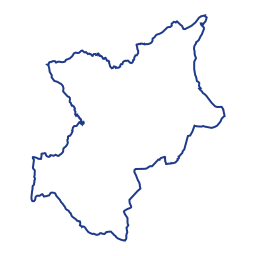 the district of Merangin, Jambi, Indonesia
{"feature_id": "22746128B71403115718321", "entity_name": "Merangin", "entity_type": "district", "adm_level": 2, "iso_a3": "IDN", "parent_name": "Indonesia", "parent_adm1": "Jambi", "projection": "robinson", "projection_center": [101.815, -2.207], "detail": "fine", "context": "isolated", "style": "outline", "palette": "blue", "viewbox_px": 256, "rotation_deg": 0, "n_neighbors": 0, "source": "geoboundaries", "source_scale": "gbopen_adm2", "svg_char_len": 5671}
<svg xmlns="http://www.w3.org/2000/svg" viewBox="0 0 256 256"><path d="M98.8,234.4L100.0,233.3L100.8,233.1L102.7,233.8L104.4,234.0L105.2,233.4L106.1,232.2L108.7,231.7L110.9,231.6L112.3,233.1L113.3,233.9L113.6,234.6L115.4,235.9L116.1,237.0L117.8,238.4L121.8,240.0L124.8,240.6L125.0,240.1L126.0,240.2L125.6,240.0L126.2,238.7L126.4,237.0L126.2,236.1L126.6,234.0L127.3,232.2L126.5,227.8L128.2,225.5L128.3,225.0L127.7,223.9L127.5,222.1L127.5,218.0L125.0,214.3L123.9,211.8L124.0,211.3L125.0,210.4L127.9,208.8L130.0,208.1L131.1,207.3L131.1,206.2L129.7,203.1L129.4,199.9L137.7,190.9L140.4,188.6L139.8,186.0L139.8,184.5L139.0,182.1L138.0,180.5L135.9,175.1L134.4,172.2L134.5,170.0L135.7,169.0L145.1,168.8L146.7,168.4L149.0,166.8L150.5,166.1L151.5,166.3L152.1,166.2L158.3,159.6L159.5,159.8L159.7,159.1L160.2,158.9L161.0,158.0L164.5,156.9L165.1,157.1L165.1,158.0L164.9,158.9L165.3,160.2L165.1,161.1L166.0,163.1L166.1,164.0L166.5,164.1L168.0,163.7L170.4,163.6L171.1,163.4L171.3,163.0L172.1,163.3L175.2,162.6L176.8,161.1L177.7,160.0L177.5,159.1L178.3,158.7L179.0,157.9L178.6,156.6L179.0,156.5L182.3,152.9L182.8,151.1L184.3,149.4L187.9,136.0L190.2,135.5L192.5,131.3L194.5,125.7L196.7,126.3L199.5,126.5L201.5,126.6L203.1,126.0L204.4,126.5L211.6,127.9L214.6,127.0L217.2,125.6L220.4,121.7L221.7,118.6L223.6,116.7L224.6,116.1L223.4,110.3L223.4,109.8L223.1,109.6L223.2,109.3L221.7,106.9L217.2,107.0L215.2,106.4L211.6,102.8L206.4,95.9L204.7,94.2L203.0,93.1L201.3,90.7L200.3,90.0L199.2,88.6L200.5,88.1L199.9,87.6L199.0,85.9L199.3,83.0L198.4,81.9L196.9,81.1L196.1,76.8L195.3,75.4L194.2,69.3L194.2,61.8L196.0,58.2L194.7,54.6L194.6,52.7L194.7,52.1L194.0,48.8L194.3,46.3L195.1,44.7L196.0,43.5L196.1,42.3L197.3,41.5L198.9,39.9L200.5,36.4L201.8,34.5L203.9,29.1L203.9,27.8L203.5,27.1L201.7,25.5L200.9,24.1L200.8,23.4L201.8,23.4L202.3,23.8L202.5,25.0L202.8,25.0L203.8,23.3L205.5,21.4L206.7,17.6L206.6,17.3L204.9,16.2L205.1,15.4L201.0,16.3L200.8,16.6L199.1,17.6L195.6,22.3L191.5,25.8L185.0,29.1L183.5,29.0L182.0,25.9L180.4,24.7L177.0,21.4L175.8,22.5L175.0,22.0L173.9,21.8L171.6,23.8L171.8,25.6L170.2,27.0L169.0,27.0L167.4,27.4L162.5,32.2L159.7,33.7L156.7,34.7L155.8,35.4L154.5,37.3L152.6,38.6L152.5,40.8L151.7,42.2L151.0,42.9L149.5,43.7L147.5,44.1L145.7,44.2L144.9,44.4L144.5,43.7L143.3,44.1L142.1,43.6L140.9,43.6L140.5,44.0L140.1,43.8L139.8,44.0L138.9,43.9L138.3,44.3L136.7,44.5L136.5,44.8L137.2,47.4L137.3,48.8L137.6,49.3L137.6,49.7L138.1,50.5L138.2,51.3L138.1,53.2L136.8,55.3L135.5,55.3L134.3,57.6L134.1,59.7L133.1,60.1L132.9,61.8L131.7,63.0L131.2,63.1L130.1,62.7L128.1,60.7L127.3,60.6L126.5,60.9L125.3,60.7L123.6,61.5L123.0,62.1L122.4,64.1L120.9,64.2L120.3,65.3L120.2,66.6L119.6,66.8L118.7,67.7L116.8,67.8L116.2,67.3L115.7,67.8L115.1,66.7L113.9,66.4L113.3,67.2L113.1,67.8L111.8,68.3L110.1,66.4L109.5,63.8L109.0,62.7L109.2,61.7L108.9,61.2L107.9,60.6L107.3,60.8L106.9,60.6L106.0,58.6L105.5,57.8L105.0,57.9L104.3,58.7L103.9,58.4L103.3,58.8L102.9,58.5L102.0,56.8L101.4,56.1L100.6,56.1L100.2,55.5L99.4,55.8L99.0,55.3L98.8,54.0L98.3,53.5L97.5,53.7L97.0,55.0L96.7,54.8L95.9,55.0L95.6,54.3L95.1,53.9L93.8,54.1L93.2,54.7L92.7,55.9L92.3,55.9L90.7,54.1L90.1,54.2L89.5,53.7L88.9,53.9L88.5,53.7L87.9,54.0L87.1,53.1L86.5,52.9L86.0,52.1L84.7,52.4L84.1,52.2L83.6,51.6L82.1,50.5L81.0,51.0L79.1,52.8L77.6,53.0L75.6,52.6L73.9,53.4L72.3,56.1L69.8,58.4L65.9,59.9L65.0,61.6L62.4,62.2L58.5,61.6L56.0,62.6L55.7,62.3L55.4,61.4L54.3,61.1L52.5,61.2L51.1,62.1L50.8,62.0L49.5,62.2L49.1,62.7L48.6,64.3L47.3,64.6L48.5,65.6L49.2,68.2L49.7,71.8L51.8,75.4L51.6,77.3L54.3,80.9L57.3,81.8L60.1,83.5L61.0,83.8L62.8,85.9L63.5,88.3L63.2,90.4L63.2,91.5L67.8,96.6L68.9,96.8L69.8,97.9L70.0,98.7L69.7,101.0L69.8,102.2L70.7,102.8L71.7,105.6L72.4,105.4L73.2,106.2L73.9,106.5L74.2,107.5L74.9,108.3L75.0,108.6L74.4,109.9L75.4,111.5L75.2,114.4L75.9,114.5L75.8,115.2L75.9,115.4L76.3,114.9L77.0,114.7L76.9,115.4L77.2,115.2L77.4,115.3L77.3,115.7L77.9,115.8L78.5,116.7L78.8,116.7L79.2,118.0L79.6,118.2L79.9,118.7L80.3,118.6L80.5,119.0L80.8,119.1L81.1,120.0L80.9,120.7L81.3,120.9L81.4,121.4L81.7,121.6L81.8,122.0L82.5,122.7L83.5,122.0L83.8,122.9L83.6,123.4L83.1,123.4L82.9,124.0L82.5,124.5L82.4,124.2L81.8,123.7L81.3,123.9L81.0,123.4L80.2,123.0L80.3,122.5L80.0,122.1L79.4,122.1L76.7,125.8L75.9,126.1L74.3,126.0L72.9,127.6L72.5,129.9L72.1,130.6L72.6,131.1L71.3,134.1L69.8,135.9L69.1,135.9L68.3,136.3L68.0,136.6L68.0,138.8L67.4,139.6L67.4,141.1L67.8,142.0L67.8,143.0L67.1,144.7L65.7,146.6L64.3,147.6L63.4,148.7L63.1,151.5L62.8,152.2L61.3,153.8L59.5,155.0L58.8,155.8L57.9,155.9L55.6,154.8L53.5,155.8L50.8,155.1L50.1,155.4L50.0,156.3L49.6,156.6L48.8,156.9L47.4,156.5L46.6,156.0L46.0,155.1L45.5,153.4L44.8,153.1L43.4,153.5L42.2,153.5L41.5,154.0L41.5,155.8L41.1,158.5L40.9,159.0L39.5,158.8L38.7,158.9L36.5,157.8L34.0,157.1L32.9,157.1L32.8,157.7L33.0,158.5L33.8,159.5L33.9,160.3L32.9,167.9L33.5,169.0L34.6,170.1L34.8,170.7L34.6,175.4L34.2,176.9L34.8,178.0L35.0,178.9L34.8,179.8L34.3,180.5L34.5,181.9L34.1,182.9L34.1,184.3L33.4,185.4L32.8,185.8L32.6,187.2L32.4,187.9L32.6,188.6L32.1,191.2L31.4,197.5L31.6,199.5L32.3,201.0L33.4,201.2L34.1,201.1L35.2,199.6L35.5,197.2L36.5,196.1L37.3,195.7L39.6,195.8L41.4,194.5L42.3,194.2L42.8,194.6L43.9,196.5L45.5,196.3L49.1,195.4L50.7,192.9L51.5,192.6L54.0,192.8L55.2,193.4L56.4,195.9L59.9,199.9L61.0,202.0L63.1,204.3L64.2,206.1L64.8,206.6L65.7,208.8L66.8,209.8L68.6,210.7L69.9,212.8L70.6,213.1L71.6,215.8L72.7,217.0L75.3,218.9L76.5,219.9L76.8,220.5L78.1,220.9L78.4,221.3L79.6,221.2L80.0,221.5L80.3,223.6L79.9,225.3L81.5,226.3L81.9,227.0L82.5,226.4L83.6,226.5L84.4,227.0L85.5,228.1L85.9,229.0L88.4,232.1L90.9,233.4L92.5,234.0L93.8,233.7L96.2,234.8L97.2,234.8L98.8,234.4Z" fill="none" stroke="#1e3a8a" stroke-width="2"/></svg>